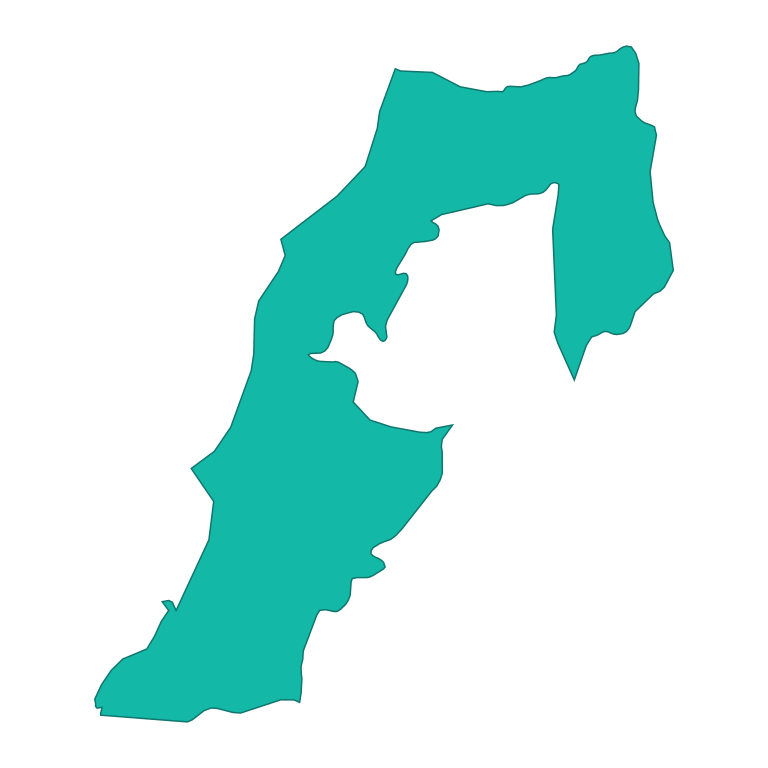 the Province of South Lebanon
{"feature_id": "LBN-3060", "entity_name": "South Lebanon", "entity_type": "Province", "adm_level": 1, "iso_a3": "LBN", "parent_name": "Lebanon", "parent_adm1": "", "projection": "albers", "projection_center": [35.407, 33.345], "detail": "fine", "context": "isolated", "style": "filled", "palette": "teal", "viewbox_px": 768, "rotation_deg": 0, "n_neighbors": 0, "source": "natural_earth", "source_scale": "10m", "svg_char_len": 3348}
<svg xmlns="http://www.w3.org/2000/svg" viewBox="0 0 768 768"><path d="M299.6,702.4L294.0,699.9L280.8,699.8L240.7,713.0L233.0,712.5L217.6,708.5L211.1,708.0L204.1,710.6L192.1,719.9L187.4,721.9L100.7,715.2L100.7,713.1L102.1,707.4L97.1,708.1L95.6,706.5L95.6,703.3L94.7,699.3L101.4,684.9L111.2,670.4L122.8,659.0L146.8,649.0L154.6,636.1L161.3,621.4L168.7,610.5L162.2,601.7L168.8,600.5L172.3,602.2L176.1,610.5L208.9,539.9L213.7,501.4L191.2,468.5L214.4,451.3L230.7,427.3L251.2,370.8L253.8,353.8L254.6,319.0L258.7,301.0L278.4,271.5L285.2,255.5L280.9,239.3L337.0,196.2L365.2,166.5L377.3,128.3L379.6,111.6L395.3,68.8L400.7,71.0L432.4,72.4L460.2,86.8L486.6,91.7L498.4,91.4L502.6,91.8L504.3,90.0L505.4,88.1L507.1,86.7L510.0,86.3L520.6,86.9L528.3,85.1L540.9,80.4L542.9,79.4L546.9,77.8L549.6,77.5L555.4,77.8L562.6,76.0L567.4,75.5L569.6,74.8L574.8,71.2L576.3,69.7L578.4,65.9L579.8,64.4L584.5,63.0L586.5,62.1L587.8,60.5L588.8,58.6L590.2,56.9L592.2,55.8L594.3,55.3L599.5,55.1L609.2,53.2L611.9,53.1L614.5,52.6L617.0,51.4L619.7,49.0L623.0,47.1L626.5,46.1L631.4,47.0L635.7,53.3L638.9,63.4L638.5,89.4L637.5,100.3L635.3,108.2L635.0,111.9L636.5,116.2L641.5,120.9L644.9,123.0L650.4,124.9L654.5,126.8L655.5,131.6L656.5,135.0L650.1,171.6L653.1,202.3L657.5,219.1L659.3,224.0L664.7,235.8L669.6,242.7L673.3,270.4L664.3,287.2L660.0,291.2L653.6,293.8L635.0,311.7L630.4,325.5L629.2,328.1L626.5,331.5L623.0,333.5L616.8,334.5L613.5,334.1L610.8,333.1L608.8,332.1L606.5,331.5L604.1,331.6L602.1,332.4L598.4,334.6L596.3,335.5L591.7,336.9L586.3,345.5L574.3,380.0L557.6,342.7L554.2,332.2L556.4,314.8L552.7,231.0L552.9,227.5L558.1,195.5L558.9,184.5L558.7,184.3L558.4,184.0L557.5,183.5L555.5,182.7L553.2,182.7L550.4,184.1L550.2,184.4L547.9,187.6L545.8,190.0L543.2,192.2L540.2,193.4L537.3,193.9L531.1,194.0L527.7,194.7L524.7,195.9L512.7,202.8L506.5,204.8L503.2,205.5L496.3,205.6L488.1,203.8L441.5,214.6L431.1,220.8L432.8,222.5L435.5,223.8L438.0,226.2L439.1,229.8L438.1,236.0L435.6,238.7L432.8,240.1L425.9,241.4L413.7,242.5L410.7,244.7L408.0,248.6L405.5,253.8L396.8,268.0L395.3,272.1L395.8,274.2L397.9,274.9L403.6,273.3L406.0,273.6L407.6,275.7L407.9,278.4L407.5,281.6L406.6,284.5L387.2,320.0L385.5,326.3L386.9,337.3L385.0,340.6L382.7,341.3L380.4,339.9L377.8,336.1L376.7,333.8L374.8,331.6L369.8,327.6L367.5,325.3L366.1,322.6L364.1,316.9L362.5,314.0L358.6,312.1L353.1,311.6L342.2,314.6L337.0,317.6L334.1,320.8L333.5,323.8L333.1,329.3L333.3,331.0L332.8,334.7L331.4,339.3L327.9,347.4L324.7,351.1L320.7,353.0L310.5,353.5L308.3,354.8L309.3,356.1L311.7,358.0L314.5,359.6L317.5,360.9L320.5,361.4L332.6,362.0L335.4,361.6L338.3,362.1L349.9,368.6L352.7,370.7L355.4,373.3L358.1,381.6L353.2,402.0L370.1,420.1L391.0,426.9L419.6,432.2L426.6,432.6L430.9,431.8L435.8,428.2L452.5,425.0L442.2,439.5L441.3,446.7L442.2,451.9L442.3,473.0L440.3,479.7L436.8,486.1L431.8,491.0L401.9,529.0L395.9,535.4L390.7,539.4L383.6,541.9L379.3,543.8L373.2,547.6L371.2,550.7L370.9,553.6L372.9,555.8L375.6,557.3L378.4,558.4L381.3,560.2L383.6,562.4L385.1,567.0L383.6,568.9L373.0,575.5L369.7,577.0L366.7,577.6L356.6,577.6L352.1,578.7L351.1,582.1L350.2,595.2L348.3,600.2L345.6,604.4L340.6,609.2L338.8,610.5L336.6,611.5L333.9,611.5L325.7,609.7L319.8,610.3L316.8,615.0L303.5,650.3L303.1,653.2L302.8,659.2L301.3,665.2L301.0,668.1L301.4,675.0L301.9,678.4L301.1,693.1L299.6,702.4Z" fill="#14b8a6" stroke="#0f766e" stroke-width="1.5"/></svg>